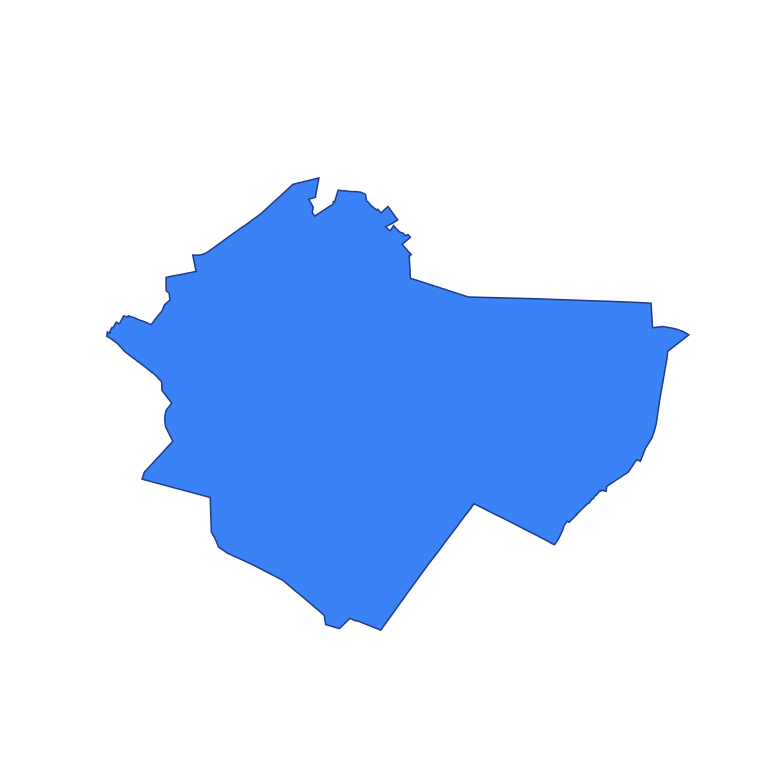 Woensdrecht, Noord-Brabant, Netherlands, rotated 309°
{"feature_id": "6326949B40585384070761", "entity_name": "Woensdrecht", "entity_type": "district", "adm_level": 2, "iso_a3": "NLD", "parent_name": "Netherlands", "parent_adm1": "Noord-Brabant", "projection": "mercator", "projection_center": [4.343, 51.411], "detail": "fine", "context": "isolated", "style": "filled", "palette": "blue", "viewbox_px": 768, "rotation_deg": 309, "n_neighbors": 0, "source": "geoboundaries", "source_scale": "gbopen_adm2", "svg_char_len": 5787}
<svg xmlns="http://www.w3.org/2000/svg" viewBox="0 0 768 768"><g transform="rotate(309 384 384)"><path d="M190.7,536.4L233.7,533.9L234.5,533.8L236.2,533.7L241.9,533.5L243.3,533.4L244.9,533.3L247.1,533.2L249.6,533.1L252.9,532.9L255.0,532.8L257.3,532.7L258.9,532.6L260.9,532.5L263.2,532.4L264.5,532.3L268.7,532.1L270.2,532.0L280.4,531.7L286.1,531.6L289.9,531.5L292.4,531.4L298.7,531.0L300.2,531.0L306.6,530.8L314.6,530.6L332.0,529.8L332.3,529.8L334.2,529.8L337.0,529.9L337.8,529.8L341.0,529.6L341.0,529.8L343.4,529.6L344.1,529.5L345.0,529.4L346.9,529.4L347.7,529.3L347.9,530.4L348.3,532.2L348.4,532.7L349.7,538.9L350.1,541.0L352.6,552.4L355.5,565.0L360.0,586.6L363.0,600.6L365.2,611.7L365.6,614.9L366.5,617.7L373.1,617.2L382.7,614.9L387.4,613.0L392.7,612.8L393.0,614.9L398.6,615.3L398.6,615.5L403.6,616.0L403.6,615.7L410.7,616.5L415.1,617.0L417.3,617.3L418.7,617.5L421.1,618.4L423.4,618.2L424.9,618.1L425.0,618.1L425.3,618.3L425.5,618.4L425.7,618.5L425.9,618.6L426.0,618.6L427.4,618.7L428.2,618.6L429.0,618.6L429.6,618.5L430.4,618.4L431.0,618.8L431.3,618.9L432.3,618.7L433.0,618.9L433.7,619.1L434.1,619.2L435.1,618.8L436.4,618.8L436.8,619.7L437.9,620.1L438.7,620.5L439.8,623.0L440.4,624.1L444.5,621.6L453.6,624.3L469.4,629.3L484.1,628.0L485.3,631.8L487.4,631.2L491.6,629.9L492.9,629.5L495.6,628.6L497.6,628.0L498.7,627.6L498.9,627.6L499.2,627.5L499.6,627.4L499.9,627.4L500.2,627.4L506.2,626.8L508.3,626.5L510.4,626.2L510.8,626.1L511.3,626.0L511.9,625.8L512.5,625.6L513.9,624.9L515.2,624.6L517.6,623.6L519.3,622.9L520.6,622.4L521.8,621.8L524.3,620.7L525.4,620.0L526.1,619.6L527.6,618.8L529.3,617.7L530.3,617.1L532.4,615.8L534.0,614.9L536.0,613.7L538.2,612.4L540.5,611.0L542.5,609.8L544.2,608.8L555.0,602.8L562.1,598.9L573.1,592.7L581.6,588.0L582.3,587.6L582.7,587.3L587.9,583.9L599.9,586.7L614.0,590.0L613.3,584.9L612.6,582.0L609.7,574.5L604.1,564.4L596.7,557.3L614.9,540.7L606.2,528.7L590.2,507.3L578.2,491.4L555.4,461.1L546.6,449.4L518.9,413.3L504.7,394.8L482.8,337.9L487.2,334.0L490.9,330.7L499.5,322.9L499.9,323.4L500.1,323.6L500.5,323.6L501.7,323.8L502.3,319.5L502.4,319.2L503.7,312.0L503.9,310.2L511.9,311.7L514.6,312.2L515.2,308.9L515.1,308.7L514.9,308.6L514.6,308.4L514.1,308.0L512.8,307.2L513.2,303.6L513.1,303.3L512.8,302.8L512.3,301.6L512.3,301.3L512.1,300.7L512.0,300.2L512.0,299.9L511.9,299.8L511.9,299.7L513.1,291.7L512.9,291.8L511.5,292.0L507.9,292.3L507.3,292.3L506.9,292.3L506.7,292.2L506.6,291.8L506.9,290.1L507.1,288.0L507.3,286.2L513.1,288.9L515.5,289.8L520.1,291.5L520.6,289.5L522.7,281.9L524.5,275.4L519.3,274.6L517.6,274.4L516.9,274.3L515.2,274.2L515.9,269.1L514.7,269.1L514.5,262.1L514.7,261.2L515.5,256.7L515.3,256.1L515.3,255.4L516.8,253.7L519.6,250.4L519.4,248.6L518.5,245.5L518.2,244.9L516.3,241.8L515.5,240.7L514.6,239.6L513.7,238.4L513.2,237.7L511.7,235.6L511.4,235.2L511.0,234.4L509.1,231.2L508.7,231.3L507.9,230.0L505.9,226.3L500.1,228.7L494.3,231.0L493.9,229.9L491.3,231.2L491.0,231.3L490.2,230.8L484.9,228.9L470.9,224.5L472.2,220.2L474.4,219.1L476.9,217.7L480.2,209.3L482.3,210.7L486.1,213.3L487.7,212.1L496.0,207.6L497.9,206.6L499.1,205.9L500.3,205.3L503.2,203.7L493.9,196.7L490.7,194.2L482.8,188.3L482.2,187.7L481.2,187.5L476.9,186.8L474.5,186.5L468.6,185.6L464.1,185.0L462.1,184.7L460.3,184.4L457.9,184.0L456.3,183.8L452.5,183.2L444.8,182.1L441.0,181.5L439.5,181.3L438.1,181.0L437.1,180.7L434.0,179.9L417.1,175.4L417.3,175.2L403.4,171.4L397.5,169.8L388.1,167.3L379.6,165.0L374.6,163.6L373.2,162.9L372.0,162.3L370.7,161.5L370.0,161.0L368.9,160.1L368.4,159.7L367.6,159.0L366.8,158.1L363.9,154.2L353.2,167.1L348.5,163.2L344.1,159.6L341.3,157.2L338.4,154.8L336.0,152.7L331.9,149.2L331.5,149.0L329.7,147.5L326.8,149.9L323.8,152.4L319.4,156.1L319.4,157.0L319.3,160.0L314.9,164.4L314.6,164.8L314.3,164.8L307.8,163.6L307.7,163.5L307.4,163.6L307.2,163.6L301.6,165.3L301.4,165.3L301.1,165.4L301.0,165.5L300.7,165.5L300.4,165.5L300.2,165.5L299.7,165.5L295.7,165.4L291.8,165.4L291.4,165.4L290.4,165.4L289.7,165.4L287.8,165.6L285.1,165.7L284.3,165.5L283.8,165.4L283.5,165.4L282.8,163.4L282.6,162.0L282.6,161.9L282.3,160.4L281.2,157.2L279.8,153.6L279.7,153.2L279.1,150.9L278.5,148.8L277.8,146.9L277.1,145.0L276.6,143.7L276.4,143.0L276.1,142.3L275.6,142.4L274.6,142.7L273.2,138.9L273.0,138.7L271.3,139.1L264.3,140.5L263.6,136.9L257.0,138.1L256.8,137.0L251.6,138.0L251.5,139.6L251.0,138.4L250.8,138.0L250.6,137.4L250.3,136.2L246.5,138.7L246.9,139.7L247.0,140.3L247.2,141.0L247.2,141.4L247.3,141.8L247.6,150.4L247.6,151.5L247.6,152.3L247.4,153.7L247.2,155.0L246.0,162.6L246.2,168.0L246.2,168.8L246.6,177.9L246.4,177.9L246.4,178.0L246.6,177.9L246.8,184.3L246.9,187.0L246.9,189.5L246.9,191.5L246.9,192.7L246.9,195.4L246.9,195.7L246.9,196.4L247.2,196.5L247.0,196.8L247.1,199.0L246.8,202.7L246.6,203.8L246.5,204.3L246.4,204.7L245.8,209.8L244.0,211.4L239.3,215.5L238.6,218.3L235.5,231.0L235.4,231.0L233.6,231.1L231.8,231.2L228.8,231.1L228.2,231.1L227.7,231.1L226.9,231.3L226.0,231.5L225.0,231.9L223.2,232.8L222.4,233.2L221.6,233.7L220.0,234.8L218.9,235.7L217.4,236.9L216.6,237.7L215.5,238.8L214.7,239.6L214.3,240.1L213.7,240.9L213.1,241.6L206.6,255.9L206.4,255.9L197.7,255.3L191.8,255.0L165.9,253.3L165.6,253.2L165.3,253.2L165.1,253.2L164.8,253.2L164.6,253.3L164.3,253.3L164.0,253.5L163.5,253.6L161.1,254.6L157.8,255.8L158.4,257.2L173.6,291.5L174.0,292.2L175.8,296.4L176.1,297.0L181.2,308.5L185.5,318.2L186.4,320.3L184.2,322.3L178.1,327.5L172.7,332.2L170.7,334.0L169.2,335.3L160.9,342.4L160.7,342.6L160.3,343.0L160.2,343.2L160.2,343.3L157.5,350.1L157.4,350.2L153.1,358.3L154.0,368.8L154.1,369.4L154.3,370.1L160.7,394.8L167.8,429.2L167.3,447.6L167.5,448.3L167.0,468.4L166.6,483.1L160.3,490.1L165.9,503.3L180.5,505.0L180.8,506.0L181.3,507.3L181.0,507.4L182.3,511.4L182.5,511.4L182.5,511.5L182.9,511.5L190.7,536.4Z" fill="#3b82f6" stroke="#1e3a8a" stroke-width="1.5"/></g></svg>